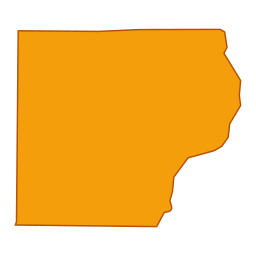 the district of Lawrence, Illinois, United States of America
{"feature_id": "52423323B54167037237770", "entity_name": "Lawrence", "entity_type": "district", "adm_level": 2, "iso_a3": "USA", "parent_name": "United States of America", "parent_adm1": "Illinois", "projection": "albers", "projection_center": [-87.62, 38.71], "detail": "fine", "context": "isolated", "style": "filled", "palette": "amber", "viewbox_px": 256, "rotation_deg": 0, "n_neighbors": 0, "source": "geoboundaries", "source_scale": "gbopen_adm2", "svg_char_len": 476}
<svg xmlns="http://www.w3.org/2000/svg" viewBox="0 0 256 256"><path d="M18.2,30.8L16.5,221.7L15.4,225.0L156.7,226.6L164.2,212.5L168.8,211.5L170.3,210.7L171.7,208.7L171.6,206.6L169.9,200.8L172.5,191.4L173.8,177.1L188.1,157.8L214.1,150.7L219.6,147.5L221.9,146.2L228.2,137.1L229.7,123.8L236.8,111.9L240.6,105.5L239.3,95.1L239.6,91.8L240.6,80.6L223.9,53.2L227.0,47.4L224.7,32.0L220.1,29.4L139.2,29.6L98.4,31.4L18.2,30.8Z" fill="#f59e0b" stroke="#b45309" stroke-width="1.5"/></svg>